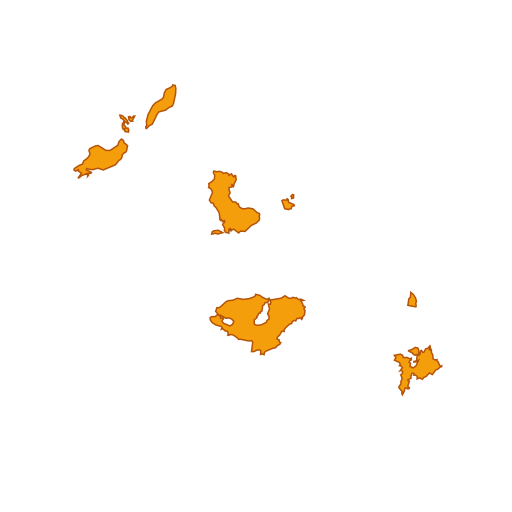 the district of Voreioy Aigaioy, Voreio Aigaio, Greece, rotated 153°
{"feature_id": "26713481B43979888680650", "entity_name": "Voreioy Aigaioy", "entity_type": "district", "adm_level": 2, "iso_a3": "GRC", "parent_name": "Greece", "parent_adm1": "Voreio Aigaio", "projection": "mercator", "projection_center": [26.018, 38.772], "detail": "fine", "context": "isolated", "style": "filled", "palette": "amber", "viewbox_px": 512, "rotation_deg": 153, "n_neighbors": 0, "source": "geoboundaries", "source_scale": "gbopen_adm2", "svg_char_len": 6066}
<svg xmlns="http://www.w3.org/2000/svg" viewBox="0 0 512 512"><g transform="rotate(153 256 256)"><path d="M294.8,165.9L293.7,164.4L292.2,166.2L290.5,166.7L283.1,166.2L280.2,165.4L277.3,166.6L275.0,166.4L273.4,167.6L274.0,167.8L274.1,168.7L273.5,170.9L274.9,172.4L273.6,174.2L271.3,174.6L267.1,177.2L265.2,176.0L264.7,177.3L262.2,178.6L257.3,180.0L254.7,179.7L253.6,181.1L251.0,181.2L250.1,180.1L247.8,181.8L246.6,181.0L244.7,181.0L244.1,180.5L244.3,178.9L243.2,179.1L242.4,180.4L239.5,181.6L237.1,185.1L237.3,186.9L236.8,187.7L235.7,187.8L235.5,188.9L236.8,190.1L236.2,191.7L236.4,195.8L233.8,194.9L235.3,196.9L238.0,198.1L238.9,200.5L240.5,200.9L241.8,202.4L243.8,202.4L245.9,203.4L248.2,207.4L252.8,207.0L262.6,210.1L263.5,209.7L263.9,208.0L265.0,206.5L266.8,207.6L268.1,202.5L271.9,199.3L271.9,195.8L273.2,193.8L275.3,193.6L277.1,192.2L282.8,192.3L286.8,193.9L288.2,195.5L288.3,196.4L286.6,199.8L283.0,200.7L282.8,201.8L281.4,202.1L279.6,203.7L278.0,203.3L277.6,204.0L275.7,204.3L272.6,208.7L270.7,209.0L269.3,210.3L266.6,209.4L263.5,211.4L263.5,212.4L265.8,212.5L266.7,213.2L269.7,217.3L270.2,218.9L273.6,222.0L274.8,220.9L276.6,220.5L281.3,221.1L287.2,223.2L292.0,226.9L296.4,227.0L301.0,228.8L303.4,228.9L311.0,226.8L313.0,226.9L314.3,227.7L317.1,225.0L315.9,220.2L314.3,219.1L311.2,214.2L308.2,213.1L306.4,211.0L305.4,207.9L307.9,205.8L310.8,205.4L315.6,210.9L315.8,213.2L315.4,214.0L313.7,214.7L313.6,215.9L315.9,216.6L315.0,217.9L316.7,221.5L319.8,220.5L323.1,222.1L324.8,222.0L325.8,219.7L325.2,216.3L323.2,212.9L318.9,208.9L318.8,207.5L320.1,206.5L318.6,206.3L317.5,203.2L315.7,202.1L315.9,199.1L317.1,198.5L316.7,197.8L314.1,197.5L312.2,196.0L309.8,191.6L309.3,189.5L307.9,189.1L301.2,183.7L298.2,182.5L298.1,180.6L303.4,172.9L301.4,171.8L297.7,171.7L295.2,170.6L294.7,169.5L296.6,166.2L294.8,165.9ZM254.6,282.9L246.6,285.3L240.7,285.3L236.8,286.5L235.4,288.4L235.2,290.0L233.9,291.2L233.8,292.5L235.3,294.1L237.3,299.4L241.1,302.3L244.7,303.2L246.9,304.6L248.6,307.3L248.2,310.6L249.2,311.1L249.5,313.2L252.3,314.8L253.1,321.0L253.0,322.3L250.5,323.9L250.0,326.0L250.3,326.6L248.9,329.2L245.5,328.4L245.2,330.5L244.4,329.6L244.7,328.2L244.0,328.5L242.7,330.3L239.0,333.0L237.7,336.8L238.5,337.4L239.2,336.6L240.1,336.8L240.6,340.4L243.5,340.1L243.1,341.2L244.5,343.7L247.6,344.4L248.1,345.9L250.2,348.1L252.6,348.8L254.9,350.9L256.1,349.8L256.2,346.6L258.0,343.6L261.3,342.4L265.3,341.9L265.9,339.9L267.2,338.5L265.7,336.6L265.7,332.6L272.2,327.0L271.9,323.8L270.2,322.4L270.5,319.1L269.7,317.7L269.3,313.0L269.3,310.9L270.8,306.5L271.5,305.8L271.5,303.9L270.0,304.0L270.4,302.0L268.1,301.8L268.7,300.3L270.2,300.1L271.5,299.1L271.3,295.1L272.6,293.0L272.2,290.7L269.7,288.7L268.6,291.3L267.3,290.2L267.5,292.3L267.1,292.4L266.3,291.8L265.9,290.1L263.7,290.1L261.0,284.4L258.6,285.2L254.6,282.9ZM188.4,73.4L187.3,68.7L188.4,67.7L188.6,65.9L185.4,68.0L183.3,70.6L182.3,70.4L181.1,68.7L180.0,68.3L179.1,69.1L179.9,70.0L179.8,71.2L176.4,74.5L176.2,74.9L177.2,75.8L176.9,76.7L173.4,76.7L172.4,78.7L170.4,80.6L169.1,80.3L168.6,79.3L169.6,78.3L168.0,77.5L167.3,76.3L167.0,75.3L168.3,73.4L165.4,73.0L163.8,70.6L161.5,71.7L159.3,71.4L154.5,73.1L152.8,70.3L147.3,72.9L145.2,72.6L142.4,73.5L140.9,73.1L140.4,73.9L141.6,74.0L142.1,75.5L141.7,78.7L142.4,80.7L141.8,81.5L143.9,82.3L144.9,84.0L143.4,87.6L143.5,90.3L142.3,92.8L142.4,93.4L143.0,92.8L144.1,93.8L142.0,95.7L141.8,97.0L144.7,95.7L146.8,96.3L150.1,94.1L151.3,94.6L151.4,96.8L152.4,96.8L154.9,93.7L156.2,93.6L156.9,94.2L155.3,95.1L153.7,98.5L153.5,100.4L155.5,102.2L160.1,101.9L162.9,102.5L163.2,102.2L162.6,101.1L160.8,99.0L160.3,96.5L159.2,95.3L157.9,95.5L157.4,94.5L160.1,90.3L161.5,89.8L163.2,90.4L163.5,89.9L161.2,88.9L158.7,89.2L163.1,85.6L166.3,84.9L167.6,85.6L167.5,86.2L169.0,87.7L167.0,90.2L167.9,91.9L166.4,92.9L164.8,92.9L164.0,94.4L165.6,94.5L167.3,96.9L170.8,98.6L170.5,101.1L171.9,103.0L177.9,104.7L177.4,102.0L180.0,100.3L176.8,96.4L176.4,94.2L178.0,93.2L176.7,92.1L176.3,90.0L179.6,88.4L178.4,88.3L177.9,86.1L179.0,84.8L181.0,84.4L181.2,81.5L181.9,79.9L183.9,78.4L184.9,76.2L188.1,74.6L188.4,73.4ZM353.0,402.0L339.9,401.1L334.5,403.5L332.8,403.5L331.0,404.5L329.1,406.9L326.8,407.7L325.0,407.6L323.5,408.6L320.3,412.7L322.2,417.0L321.6,419.1L322.8,421.3L326.3,420.0L328.8,417.4L338.2,416.3L341.8,418.3L346.6,426.2L349.3,427.0L355.4,427.1L356.9,426.0L357.6,422.2L360.3,420.3L363.3,419.3L366.1,419.1L368.9,416.7L372.5,417.0L378.2,416.4L379.1,415.2L378.2,413.5L375.1,413.5L375.7,412.2L373.9,409.1L378.8,406.4L378.6,406.0L374.4,406.8L370.8,406.3L369.3,405.2L369.2,404.3L369.8,403.5L368.5,404.0L368.0,405.1L368.6,406.0L365.4,404.7L364.7,405.2L368.1,409.6L367.6,410.5L366.8,410.7L365.1,408.8L361.8,406.9L357.0,406.0L353.0,402.0ZM296.1,419.8L295.6,419.2L292.4,420.5L288.5,420.6L279.5,427.3L277.1,428.5L270.4,427.0L266.4,427.8L262.5,427.6L260.1,429.5L254.1,436.9L251.4,441.6L250.6,444.7L252.4,446.1L252.5,445.5L255.8,444.9L260.4,445.2L263.5,443.1L266.4,439.4L268.5,438.5L276.0,438.1L279.8,436.8L288.0,431.0L292.5,425.9L294.0,422.1L295.6,421.2L296.1,419.8ZM134.6,153.3L137.1,149.2L139.2,148.5L143.1,143.1L136.7,138.1L135.8,139.0L135.4,141.0L133.7,142.7L132.9,146.2L133.3,150.4L134.6,153.3ZM203.2,282.1L201.5,284.0L199.3,283.3L198.8,283.8L199.0,284.8L202.6,289.0L201.7,291.8L202.0,292.5L202.3,292.9L203.2,291.9L206.5,293.7L207.8,293.5L209.0,285.1L205.8,282.5L204.0,282.7L203.2,282.1ZM315.5,428.8L316.2,426.4L313.4,424.3L312.2,425.8L312.0,428.1L314.1,429.2L313.5,430.6L314.2,433.0L311.8,435.2L310.8,433.9L310.3,431.7L309.1,432.2L309.6,432.9L309.2,435.0L310.0,438.7L310.7,439.2L310.9,440.7L312.2,442.6L313.4,443.3L313.9,440.3L312.6,438.6L312.0,436.2L314.9,434.4L316.1,432.7L316.8,430.5L316.7,428.8L315.5,428.8ZM280.0,292.9L275.0,291.9L278.0,296.1L281.9,297.5L283.8,297.6L285.6,295.6L281.7,294.6L280.0,292.9ZM307.3,435.1L306.5,432.9L304.8,432.2L304.9,432.7L300.5,435.8L301.7,436.3L302.8,435.6L304.8,435.9L305.3,436.6L304.9,437.4L306.3,438.0L307.3,435.1ZM195.6,294.2L197.8,293.4L197.4,292.3L198.2,291.0L196.2,290.6L194.7,293.4L195.6,294.2Z" fill="#f59e0b" stroke="#b45309" stroke-width="1.5"/></g></svg>